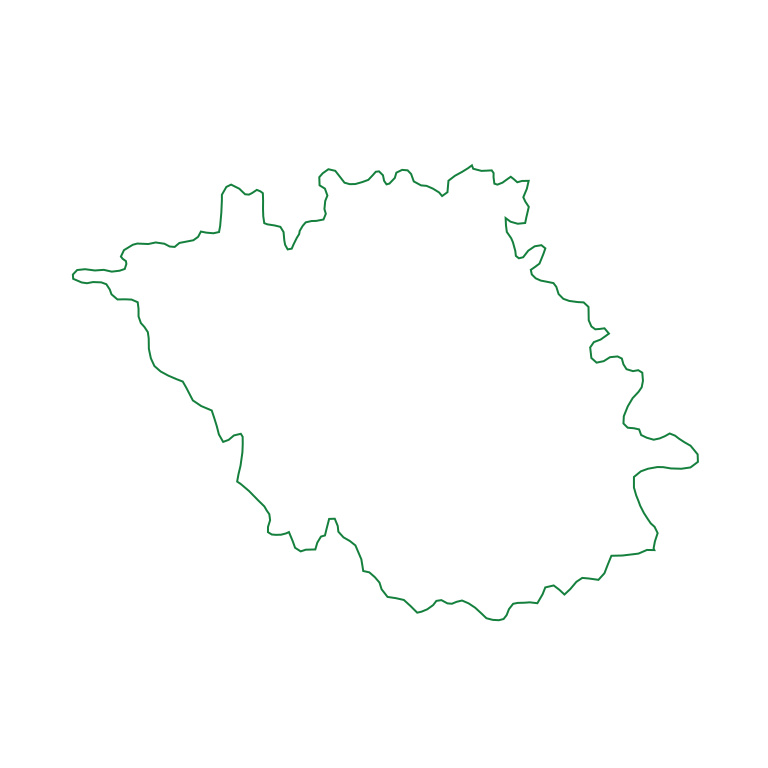 the district of Lida, Grodno, Belarus, rotated 95°
{"feature_id": "67162791B46145411949360", "entity_name": "Lida", "entity_type": "district", "adm_level": 2, "iso_a3": "BLR", "parent_name": "Belarus", "parent_adm1": "Grodno", "projection": "orthographic", "projection_center": [25.213, 53.776], "detail": "fine", "context": "isolated", "style": "outline", "palette": "green", "viewbox_px": 768, "rotation_deg": 95, "n_neighbors": 0, "source": "geoboundaries", "source_scale": "gbopen_adm2", "svg_char_len": 4292}
<svg xmlns="http://www.w3.org/2000/svg" viewBox="0 0 768 768"><g transform="rotate(95 384 384)"><path d="M158.5,315.5L161.7,319.1L165.8,324.6L170.4,331.5L175.9,337.5L180.8,337.5L187.4,337.5L191.7,342.5L188.4,345.8L185.1,352.3L182.9,358.9L182.9,364.4L179.6,372.0L172.4,375.3L169.1,379.1L169.1,384.6L172.4,390.1L177.8,391.2L183.9,396.1L184.9,398.9L181.6,401.6L176.2,403.2L172.6,407.5L173.3,410.7L177.1,413.5L182.0,417.4L184.8,423.4L187.3,430.0L187.9,435.6L186.9,440.9L181.6,445.8L175.9,451.1L174.9,458.1L179.4,463.4L183.6,466.5L191.7,465.5L194.5,459.9L201.2,456.8L206.8,458.5L214.9,458.6L219.5,456.8L225.4,458.6L227.5,466.0L227.9,470.2L229.8,476.1L233.6,478.8L238.8,481.3L242.1,481.6L246.0,483.6L252.9,486.3L257.2,487.7L258.3,491.7L254.0,494.6L249.8,495.8L241.4,497.3L236.5,500.9L235.6,506.7L235.1,514.2L234.2,517.3L227.4,518.9L220.0,519.8L212.1,520.4L204.5,521.3L202.9,523.8L201.7,527.6L205.3,532.1L207.1,535.0L207.1,538.9L204.8,541.8L202.1,545.1L198.7,553.7L201.4,558.2L209.6,562.0L215.1,561.5L227.3,561.0L235.0,561.0L241.0,561.0L247.0,561.6L248.7,567.1L248.7,574.2L248.1,579.7L253.6,582.0L257.4,586.4L259.6,594.1L261.3,600.1L265.7,604.5L265.7,609.5L263.4,615.0L262.9,623.8L265.1,631.0L265.6,642.0L267.2,646.4L271.7,652.5L273.3,654.7L280.0,657.2L282.1,655.2L284.1,651.8L286.8,651.1L292.0,652.3L294.2,657.3L295.8,665.0L294.7,673.1L296.1,681.9L295.7,691.8L297.2,699.6L302.1,703.5L306.3,702.8L309.2,694.0L309.5,688.7L307.8,682.7L307.4,674.5L308.8,669.3L313.8,665.4L318.4,663.3L323.0,656.9L322.2,649.5L321.9,642.8L324.0,636.5L330.4,635.1L338.1,634.4L344.5,631.5L348.0,627.7L352.9,623.8L358.9,622.4L369.5,621.3L378.7,618.5L386.1,614.3L391.0,607.6L394.5,599.5L397.3,591.0L399.1,584.7L404.7,580.8L417.0,573.0L421.9,564.2L425.4,553.3L432.8,550.1L440.6,546.9L448.6,544.1L455.7,539.2L453.2,533.9L448.3,529.0L446.1,522.3L448.9,520.2L456.0,519.5L464.4,519.1L477.8,519.8L486.6,521.1L494.0,521.8L496.1,518.0L502.4,509.1L510.8,499.3L516.4,492.5L520.4,489.7L523.7,486.9L529.6,485.6L536.5,487.1L541.7,486.7L543.7,482.7L543.7,478.6L543.1,473.4L541.4,468.6L539.8,465.8L548.6,461.2L554.9,458.3L558.0,452.4L555.9,447.5L554.8,438.0L547.8,436.6L541.5,433.5L540.0,429.6L533.4,428.6L523.2,426.9L522.5,421.3L529.5,417.7L535.1,416.6L540.3,411.0L543.4,404.3L547.3,398.4L560.6,391.3L567.6,389.5L572.1,388.4L572.9,382.2L577.3,376.2L582.2,371.2L588.7,368.5L595.8,361.9L596.3,353.6L597.4,345.4L602.8,338.3L608.9,331.0L607.6,326.9L604.7,321.3L600.0,315.8L595.5,312.9L594.3,308.0L597.0,301.7L597.0,297.2L594.7,292.8L592.9,287.4L595.1,280.7L598.9,273.7L604.2,266.8L608.4,261.6L609.5,255.1L609.3,249.0L607.7,244.4L603.6,241.7L597.4,239.9L591.7,236.2L590.4,231.7L589.7,225.4L588.8,219.8L589.0,212.1L579.7,207.7L572.6,205.6L569.9,197.4L573.7,191.4L578.0,185.9L572.0,180.5L564.3,175.1L559.9,169.6L559.9,163.1L560.4,153.3L553.3,147.9L544.0,145.2L535.3,142.5L534.1,131.6L530.8,115.8L526.4,107.6L525.9,100.2L524.2,101.1L517.2,100.4L508.7,98.4L502.7,102.0L499.6,106.1L495.6,109.4L489.8,113.9L482.9,118.2L478.2,120.4L472.9,123.1L465.3,126.0L454.8,126.9L448.6,120.5L445.4,113.6L442.9,104.4L442.5,98.6L443.1,90.8L442.5,80.3L440.4,71.4L434.2,64.5L426.8,65.4L418.8,73.2L415.9,79.5L412.8,85.3L410.1,89.5L408.4,95.1L411.5,99.6L414.2,104.7L416.0,110.5L414.6,117.6L412.4,123.4L407.0,125.9L406.3,131.1L406.3,137.4L402.5,142.0L395.2,142.3L385.0,139.2L376.3,135.0L369.7,129.8L364.8,127.0L358.2,126.3L350.2,127.7L348.1,131.9L349.5,137.1L348.1,143.7L343.5,147.2L337.9,149.3L336.2,153.8L337.6,161.2L342.1,167.1L344.2,174.1L340.0,179.7L329.6,181.8L324.0,178.6L320.8,172.0L314.2,164.3L309.3,169.2L310.4,174.1L311.1,178.3L308.6,182.4L302.7,185.6L296.0,186.3L289.4,187.0L285.3,192.2L285.5,198.2L285.1,206.7L283.5,212.8L279.2,217.9L272.2,220.8L268.7,224.0L268.0,230.2L267.3,236.9L265.5,242.1L262.0,246.3L257.5,247.7L254.0,243.5L250.5,239.6L240.4,236.5L234.8,235.1L232.0,239.3L233.7,245.9L238.6,251.9L245.6,256.4L247.0,260.6L244.9,263.8L240.0,264.8L231.6,267.9L227.7,270.0L221.8,274.9L215.4,276.3L208.1,277.3L211.3,272.1L212.7,264.7L211.3,257.4L205.4,256.7L194.9,255.2L190.0,259.1L185.8,261.5L177.0,258.7L169.0,257.6L169.7,264.2L171.4,268.8L168.6,272.6L166.5,275.8L170.3,280.3L173.1,283.5L175.5,288.4L174.8,291.5L168.5,292.9L164.3,293.2L161.8,295.3L162.5,300.2L163.2,305.5L161.8,313.9L158.5,315.5Z" fill="none" stroke="#15803d" stroke-width="2"/></g></svg>